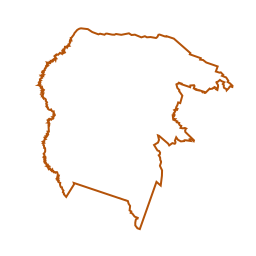 outline of Knox, Victoria, Australia, rotated 10°
{"feature_id": "25037944B93608479315967", "entity_name": "Knox", "entity_type": "district", "adm_level": 2, "iso_a3": "AUS", "parent_name": "Australia", "parent_adm1": "Victoria", "projection": "robinson", "projection_center": [145.215, -37.899], "detail": "fine", "context": "isolated", "style": "outline", "palette": "amber", "viewbox_px": 256, "rotation_deg": 10, "n_neighbors": 0, "source": "geoboundaries", "source_scale": "gbopen_adm2", "svg_char_len": 5626}
<svg xmlns="http://www.w3.org/2000/svg" viewBox="0 0 256 256"><g transform="rotate(10 128 128)"><path d="M157.2,225.5L165.4,176.1L170.2,179.0L169.7,169.2L168.9,163.8L166.0,159.7L166.5,156.2L166.3,155.1L165.4,154.0L164.7,151.4L163.0,149.5L163.9,148.6L163.9,146.8L162.7,145.3L160.9,145.0L156.6,140.2L160.1,137.1L160.6,134.3L158.8,130.1L159.9,130.3L170.2,136.4L171.6,138.0L174.3,135.2L176.8,135.4L177.3,134.4L177.1,133.3L176.4,132.4L177.1,128.8L179.2,130.9L182.4,132.0L185.6,131.1L185.7,130.3L186.5,130.1L191.6,129.9L190.7,129.2L190.6,128.4L193.2,128.3L195.0,129.5L195.1,128.7L185.2,122.0L184.7,120.7L185.0,119.4L184.7,118.9L185.2,118.4L184.0,118.1L182.1,118.8L179.7,118.8L180.1,116.7L178.4,116.2L177.5,115.1L177.6,114.2L175.1,113.9L175.3,112.9L172.4,112.2L172.8,111.4L172.2,111.6L172.2,110.9L171.9,110.8L171.8,111.7L171.1,111.8L169.9,108.0L171.3,108.0L171.2,107.3L171.5,107.2L171.4,106.6L170.3,106.5L170.4,105.6L171.6,103.6L171.5,103.0L170.5,102.3L171.4,101.7L173.1,101.7L173.4,100.6L171.8,100.4L172.0,98.7L172.6,97.2L173.0,94.1L175.1,94.4L175.9,86.7L171.9,82.7L172.0,81.8L169.6,79.9L168.1,76.6L169.5,75.5L170.2,75.5L170.3,74.6L173.1,75.0L173.0,75.6L182.1,77.0L182.0,75.3L185.6,74.4L186.2,75.1L185.9,77.6L188.2,77.9L187.9,78.4L188.5,78.6L191.5,78.7L191.5,78.4L195.4,79.0L195.1,80.8L195.6,79.0L197.9,79.3L197.8,80.0L198.2,79.9L201.5,75.1L202.0,75.4L204.3,74.6L204.9,73.8L205.8,73.7L206.0,72.7L207.4,73.0L208.6,74.0L208.2,74.6L209.4,75.0L209.5,71.5L209.2,70.1L207.2,67.9L207.2,67.4L208.6,66.7L210.2,64.7L212.0,65.6L214.9,66.2L213.7,68.3L215.0,69.2L215.1,70.8L215.7,71.8L218.1,72.6L218.6,73.8L220.3,71.3L221.0,69.6L221.4,69.2L223.6,69.5L223.6,68.3L220.6,66.3L218.1,65.3L218.6,64.1L215.9,61.2L211.6,60.3L212.5,59.1L209.7,57.1L208.5,57.6L204.7,57.1L205.6,51.8L193.7,49.9L190.1,48.0L187.2,48.1L187.5,46.6L176.1,44.7L176.4,43.4L157.6,32.0L150.0,30.9L150.0,31.3L148.3,31.4L142.9,30.5L141.8,30.9L141.2,33.0L140.3,34.3L139.6,34.5L134.4,34.5L130.9,35.4L128.7,34.7L125.4,36.4L118.6,34.9L115.3,35.8L112.5,34.6L105.2,37.4L99.9,37.5L98.4,38.5L96.1,38.8L90.8,38.7L89.6,39.1L88.7,40.2L84.1,40.0L82.6,40.9L76.1,39.7L71.3,37.6L64.4,38.0L62.8,38.7L61.0,40.2L58.8,43.9L58.4,45.5L56.6,49.0L56.0,49.3L56.7,51.3L55.9,51.0L55.6,51.7L55.7,52.1L56.5,52.0L55.7,53.3L56.2,53.9L55.5,55.3L55.7,56.2L54.8,56.2L54.7,57.2L55.4,57.5L54.6,57.8L54.4,58.4L54.1,57.7L53.4,58.3L54.0,58.5L54.1,59.6L53.7,59.0L53.3,59.5L52.3,59.4L52.5,58.9L51.8,59.0L51.8,61.1L50.7,61.8L51.3,62.2L50.9,62.7L51.7,62.7L51.7,63.2L51.1,63.3L51.8,63.7L51.6,64.1L52.1,63.9L52.7,64.6L52.1,65.0L51.6,64.5L51.2,65.2L51.1,64.4L50.7,64.5L50.8,65.2L50.3,65.1L50.4,65.5L49.5,66.4L48.0,65.8L46.5,68.0L45.3,67.9L44.9,68.6L44.5,68.3L43.1,70.0L45.2,71.9L44.8,72.0L44.8,73.5L44.0,72.4L43.5,73.0L43.2,72.8L41.8,74.3L42.8,74.6L42.3,75.5L40.6,75.4L40.9,76.1L39.5,76.4L40.0,77.7L39.0,78.0L39.3,77.3L38.8,77.2L38.5,77.6L37.7,77.6L38.3,78.0L37.1,78.4L37.6,79.1L38.0,78.9L38.0,79.5L36.4,79.6L37.4,79.9L37.0,80.5L37.6,80.6L36.6,81.2L36.6,81.5L37.4,81.5L36.3,82.7L36.2,83.4L37.2,83.1L35.8,84.0L35.9,85.3L34.8,86.3L35.4,86.3L35.1,86.7L35.3,87.5L34.1,87.5L33.8,88.3L35.1,88.9L35.1,90.2L35.6,90.3L34.7,91.0L35.4,90.9L35.5,91.5L34.0,91.1L34.2,91.8L33.5,91.8L34.1,92.3L34.5,92.2L34.1,93.1L34.6,93.6L32.8,95.3L33.1,96.3L33.7,96.5L33.1,96.9L33.2,97.5L32.4,98.4L33.2,98.9L33.5,98.2L33.8,98.5L33.4,100.4L32.5,100.4L32.4,100.9L32.8,101.1L32.5,101.3L34.2,101.2L34.0,101.9L34.9,102.1L35.1,103.6L36.1,103.7L36.4,103.1L36.9,104.3L37.9,104.8L37.1,105.3L37.9,105.7L37.3,106.1L37.5,106.4L36.9,106.6L38.0,107.2L37.3,107.6L37.0,107.2L36.6,108.4L37.5,108.4L37.9,109.2L38.6,109.1L38.5,109.8L38.1,109.8L37.9,110.8L37.5,110.8L38.0,111.2L37.9,111.6L38.5,111.4L39.0,112.8L40.1,112.4L39.6,112.8L40.0,113.7L40.5,113.3L41.6,113.7L42.3,114.6L42.2,115.5L43.8,116.8L43.4,117.8L42.5,117.9L43.6,118.3L43.7,119.1L44.3,119.4L44.0,120.1L44.9,121.1L44.4,121.3L45.7,122.3L45.7,122.9L46.9,123.6L48.4,123.8L49.0,123.1L50.3,124.6L51.2,125.0L51.9,124.6L52.5,126.3L52.4,127.6L53.4,127.4L53.7,128.1L52.8,129.5L52.4,129.1L52.6,130.4L51.9,130.5L52.8,131.2L52.5,131.9L51.7,132.0L51.0,133.1L49.7,132.6L49.1,133.7L48.5,133.0L48.1,133.5L48.3,134.3L47.6,134.5L48.1,135.3L48.8,134.9L48.5,135.8L48.8,136.4L48.4,136.7L49.4,136.7L49.9,137.5L49.8,138.4L49.2,138.5L49.3,139.6L49.9,139.7L49.7,141.2L50.7,145.2L49.4,145.5L50.3,147.7L49.4,147.9L49.9,148.5L49.8,148.8L49.1,148.8L49.0,149.9L49.9,149.6L49.6,150.3L48.3,150.5L48.8,151.4L47.6,151.9L48.3,152.6L48.0,153.2L48.5,153.4L48.0,153.7L47.6,155.4L46.8,156.0L47.6,156.2L47.1,157.2L47.7,157.4L46.9,157.9L47.6,158.3L47.6,159.5L48.3,159.8L48.6,161.2L49.4,161.9L49.1,162.3L50.0,162.8L50.5,165.2L50.2,166.7L49.4,168.1L50.3,168.9L50.5,169.8L50.1,170.7L51.4,170.6L51.8,171.0L51.8,171.6L51.1,172.0L52.0,172.3L52.0,173.4L51.0,173.7L51.3,174.6L52.1,174.8L51.4,175.7L51.8,176.3L52.6,175.8L53.1,176.4L52.5,176.7L52.9,177.3L54.1,177.7L54.2,178.2L55.2,178.1L55.0,178.8L56.3,179.2L55.0,179.8L56.6,180.2L56.1,180.8L57.3,181.7L56.9,182.0L57.2,182.4L58.4,181.5L59.2,182.7L59.7,182.4L60.2,183.2L60.7,182.3L61.0,183.2L61.6,183.2L61.6,183.8L62.7,184.5L63.3,184.0L64.2,184.6L64.8,183.9L65.9,183.9L67.2,186.4L67.0,186.7L67.6,187.3L68.1,187.1L68.0,188.2L66.9,188.4L66.9,188.9L67.5,189.1L66.8,189.9L68.2,190.3L67.2,191.3L68.9,192.0L68.5,192.7L69.0,193.4L70.8,193.8L70.8,195.4L71.6,197.1L72.3,198.0L73.2,197.9L74.1,199.9L75.3,200.8L75.0,202.5L76.3,203.5L76.4,204.4L79.1,206.6L84.7,192.7L84.1,191.5L140.6,200.0L141.7,202.4L143.6,204.4L143.9,208.9L145.7,209.6L145.4,211.1L147.0,211.4L149.9,214.1L153.2,214.8L153.1,215.6L152.1,215.8L151.6,217.1L151.6,219.9L152.1,222.7L154.7,225.1L157.2,225.5Z" fill="none" stroke="#b45309" stroke-width="2"/></g></svg>